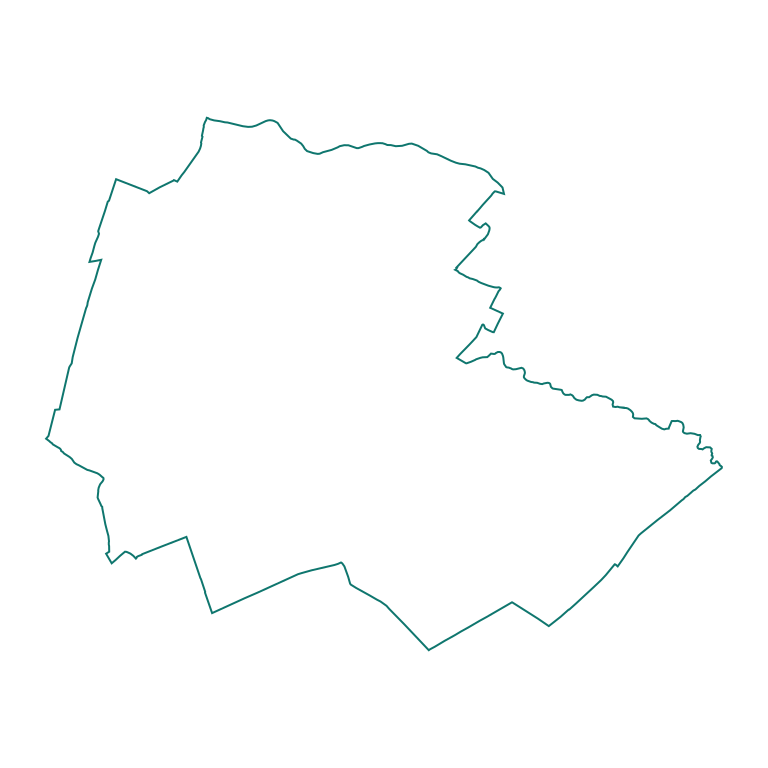 Ratesti, Arges, Romania (Equal Earth projection)
{"feature_id": "2599482B71103807333255", "entity_name": "Ratesti", "entity_type": "district", "adm_level": 2, "iso_a3": "ROU", "parent_name": "Romania", "parent_adm1": "Arges", "projection": "equal_earth", "projection_center": [25.172, 44.71], "detail": "fine", "context": "isolated", "style": "outline", "palette": "teal", "viewbox_px": 768, "rotation_deg": 0, "n_neighbors": 0, "source": "geoboundaries", "source_scale": "gbopen_adm2", "svg_char_len": 6075}
<svg xmlns="http://www.w3.org/2000/svg" viewBox="0 0 768 768"><path d="M428.8,650.2L430.0,649.3L434.7,646.8L444.7,640.8L454.8,635.2L460.8,631.6L468.9,627.1L479.5,620.9L486.6,617.0L512.0,602.3L512.6,602.6L538.0,618.7L548.8,626.1L560.6,616.8L568.7,609.6L569.2,609.6L575.8,603.7L593.6,587.2L601.2,580.0L605.8,575.1L614.7,564.3L615.2,564.4L616.0,564.9L617.7,566.4L623.4,558.3L627.3,552.2L638.6,535.5L640.8,533.5L657.5,520.0L670.2,510.2L681.8,500.3L683.5,499.1L685.3,497.0L687.3,495.9L693.3,490.6L695.4,489.5L699.2,486.0L705.4,481.2L711.0,476.4L721.1,468.6L721.7,468.1L721.9,467.1L721.9,466.9L721.0,466.0L720.7,465.9L719.7,465.1L719.5,464.3L719.3,463.9L718.8,463.4L718.2,462.5L717.2,461.5L716.9,461.3L716.0,461.6L715.4,462.8L714.7,463.3L712.4,463.3L711.5,462.9L711.1,461.9L711.1,461.4L710.8,460.5L712.3,458.5L712.8,457.3L712.5,456.0L711.7,455.6L711.6,455.1L712.2,453.6L712.0,453.0L711.4,451.9L711.3,451.0L711.7,448.9L710.1,447.4L706.4,447.2L705.7,447.4L703.7,448.5L702.6,449.4L701.4,449.0L699.0,448.9L697.8,448.0L697.4,446.7L698.3,444.7L699.6,443.2L700.1,442.0L699.9,440.1L700.4,437.2L700.7,436.5L700.1,435.0L697.9,435.1L694.5,433.8L690.6,433.2L686.9,433.7L684.4,433.1L683.2,432.1L682.9,431.3L683.7,427.4L683.2,424.6L682.3,422.9L681.2,422.1L679.2,421.3L677.6,420.8L675.5,421.1L672.9,421.0L671.7,421.1L669.0,427.4L668.7,428.6L666.0,428.8L664.6,429.3L664.0,429.3L661.9,428.7L656.9,425.6L656.1,425.0L655.4,424.1L653.9,423.8L651.5,422.6L649.5,420.9L649.0,420.1L648.0,419.1L646.5,418.4L641.8,418.8L634.5,418.3L632.9,416.9L633.2,414.6L632.9,413.2L632.0,411.8L630.4,410.2L627.9,408.5L626.1,408.0L624.3,408.0L622.4,407.7L622.6,407.5L619.6,407.3L617.7,406.7L615.5,407.0L613.1,406.6L612.6,404.5L613.2,402.3L613.0,401.1L611.6,399.7L606.0,396.7L602.6,396.5L601.4,396.1L599.7,395.9L597.4,394.8L593.8,394.6L592.0,395.2L589.1,397.2L587.0,397.2L586.0,398.1L584.8,399.6L583.0,400.6L581.7,400.8L578.9,400.4L576.4,399.7L574.5,398.2L573.9,397.5L573.4,396.6L572.8,395.8L571.9,395.1L570.3,394.4L569.1,394.9L565.6,394.9L564.6,394.5L563.3,393.4L562.4,391.7L561.8,390.1L561.0,389.8L553.0,388.6L552.4,388.3L550.9,386.8L550.2,384.0L549.7,383.4L548.9,383.0L548.0,382.8L547.3,382.8L543.7,383.5L542.2,384.1L540.0,383.8L537.2,382.8L534.0,382.6L533.0,382.2L531.2,382.0L527.5,380.7L526.4,380.1L524.6,378.4L523.9,377.3L523.9,376.2L524.8,373.5L524.9,372.4L524.7,371.5L524.4,370.3L523.3,368.6L522.7,368.3L521.5,367.8L515.9,369.2L513.1,369.4L511.9,369.0L510.8,368.3L510.0,368.1L508.8,367.6L507.0,367.4L506.2,367.1L504.2,364.2L503.9,363.0L503.3,357.6L503.0,356.1L502.0,353.5L500.7,352.3L499.6,352.0L497.9,352.0L495.9,353.0L495.4,353.6L494.2,354.0L491.0,353.6L489.1,355.5L487.3,357.1L482.7,357.3L480.5,357.8L476.1,359.3L475.2,359.9L470.9,361.8L466.6,363.3L465.8,363.2L456.7,357.9L460.3,353.9L469.4,344.6L476.4,337.1L482.3,324.8L483.0,324.5L483.9,325.1L485.2,328.4L488.1,330.0L492.7,332.1L493.8,332.2L497.8,323.7L502.9,313.6L490.2,307.8L494.7,298.6L494.7,298.8L496.0,296.4L498.5,291.3L499.9,289.7L500.7,288.3L500.4,288.0L498.9,287.3L497.2,287.5L495.1,287.4L493.5,287.1L488.4,285.7L481.2,283.0L478.6,281.8L476.9,280.5L472.7,279.0L469.6,278.3L468.2,277.4L466.6,276.9L463.1,274.7L460.0,273.3L458.6,272.3L457.9,271.2L455.2,269.8L455.7,269.5L456.6,268.5L457.1,267.6L456.6,267.4L475.9,246.8L477.4,244.1L479.3,242.3L481.0,241.0L483.5,239.6L483.9,238.8L484.7,238.4L484.7,238.6L487.9,234.3L489.3,230.4L489.6,228.7L489.5,227.3L488.7,226.2L485.7,223.4L482.9,225.2L481.0,227.3L480.0,227.7L477.5,226.3L475.2,224.9L469.8,221.1L469.1,220.4L477.2,211.2L477.3,211.3L482.9,204.7L491.3,195.5L492.5,193.7L494.7,191.4L495.8,191.4L504.0,193.9L502.5,187.5L497.7,182.6L492.8,178.9L488.5,172.8L484.2,170.0L480.6,168.4L477.9,167.7L475.4,166.5L465.3,164.3L459.6,163.7L455.9,162.7L450.8,160.7L441.0,156.0L437.1,154.3L431.1,153.4L428.4,152.3L426.9,150.9L418.2,145.8L411.8,143.6L409.0,143.8L402.1,145.8L395.8,146.2L390.9,145.1L387.3,145.0L385.3,144.1L382.4,143.2L378.2,143.1L375.1,143.4L369.5,144.5L364.0,146.0L362.3,146.8L358.5,148.1L356.7,148.1L348.5,145.3L344.2,145.2L339.7,146.2L337.8,147.3L331.6,149.9L323.0,152.2L319.7,153.7L317.7,153.9L313.3,153.1L307.1,151.1L304.8,148.9L303.2,146.1L301.2,143.6L296.8,140.6L294.9,139.6L293.8,139.6L290.8,138.6L283.1,131.2L277.6,122.9L274.3,121.1L272.5,120.5L270.0,120.2L268.1,120.4L265.7,121.1L256.3,125.5L252.1,126.7L248.2,126.9L242.8,126.2L227.5,122.5L224.9,122.3L220.0,121.2L214.1,120.4L209.7,119.2L208.0,118.1L206.8,117.8L206.1,120.1L205.0,122.0L203.7,125.4L203.8,127.0L203.4,128.4L203.1,130.3L201.9,135.9L202.5,136.7L201.0,142.5L201.3,143.5L200.9,145.9L200.1,148.5L198.6,151.7L184.2,172.1L181.7,175.2L177.3,181.6L173.9,180.1L173.4,180.6L159.9,187.2L149.2,193.2L147.0,191.2L116.1,179.2L109.0,200.7L107.8,201.6L105.0,210.8L99.2,228.1L98.2,231.2L99.0,233.8L98.0,236.8L95.3,242.8L94.4,245.8L92.6,252.6L90.6,258.2L89.5,261.9L95.8,260.9L101.2,259.8L97.9,270.1L95.2,279.6L91.9,288.6L87.7,302.3L87.3,305.2L86.8,306.6L86.1,308.1L77.6,337.8L72.7,357.1L71.7,363.4L69.6,366.6L69.1,367.8L59.5,409.4L55.1,409.8L48.5,435.9L46.1,438.7L49.3,441.1L50.3,442.1L52.2,443.4L52.7,444.3L57.6,447.2L59.3,448.1L60.2,448.8L60.9,449.8L61.2,451.0L62.7,451.9L64.1,453.5L69.6,457.0L71.8,458.9L74.3,462.6L76.5,464.2L78.9,465.3L87.3,469.9L89.4,470.4L97.4,473.3L99.6,474.7L102.4,477.2L103.3,477.8L103.5,478.3L103.5,479.5L102.6,481.3L100.4,483.9L99.9,484.8L98.7,487.7L98.2,490.3L98.3,491.1L97.6,497.5L98.1,498.9L100.6,504.2L101.3,505.9L102.2,506.8L102.3,508.3L105.3,524.1L107.0,530.8L108.4,535.9L109.0,541.4L108.8,542.4L108.8,544.6L109.1,545.9L109.2,551.7L106.1,553.7L111.7,563.3L115.6,560.0L120.1,555.8L125.0,551.7L126.6,551.9L127.8,552.4L130.4,553.6L133.3,555.8L135.9,558.6L136.6,557.8L136.9,556.9L138.3,556.1L141.8,554.8L142.1,554.2L161.1,546.7L186.4,536.9L200.4,578.1L201.0,579.2L205.2,591.9L205.0,592.6L212.1,613.1L244.5,598.3L257.4,592.7L298.0,574.2L301.6,573.1L311.6,570.3L334.4,565.0L337.9,563.9L341.0,562.5L341.7,562.9L342.5,563.7L344.4,566.4L348.2,576.9L350.1,583.6L350.8,584.6L356.4,588.1L369.6,595.4L377.0,599.7L380.5,601.5L386.5,605.8L389.2,608.9L404.2,624.2L428.8,650.2Z" fill="none" stroke="#0f766e" stroke-width="2"/></svg>